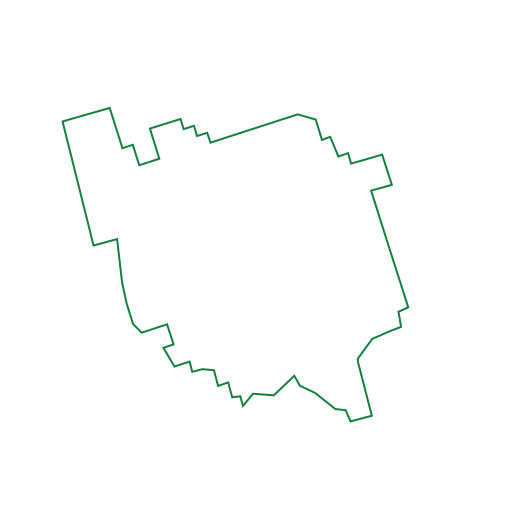 outline of Calhoun, Alabama, United States of America, rotated 252°
{"feature_id": "52423323B11453074056273", "entity_name": "Calhoun", "entity_type": "district", "adm_level": 2, "iso_a3": "USA", "parent_name": "United States of America", "parent_adm1": "Alabama", "projection": "orthographic", "projection_center": [-85.86, 33.762], "detail": "fine", "context": "isolated", "style": "outline", "palette": "green", "viewbox_px": 512, "rotation_deg": 252, "n_neighbors": 0, "source": "geoboundaries", "source_scale": "gbopen_adm2", "svg_char_len": 930}
<svg xmlns="http://www.w3.org/2000/svg" viewBox="0 0 512 512"><g transform="rotate(252 256 256)"><path d="M117.5,197.3L125.9,210.6L118.0,229.9L130.2,255.4L119.0,257.7L107.4,270.0L86.0,284.1L81.6,293.6L69.5,294.8L68.3,316.8L108.5,319.3L123.7,320.2L126.9,321.1L141.3,341.0L143.1,359.6L143.8,372.1L159.0,374.3L160.1,384.9L233.1,385.3L282.6,385.7L281.7,407.2L313.4,407.3L314.5,375.0L325.4,375.4L325.1,365.1L346.4,363.4L346.0,354.6L367.3,355.0L377.8,339.4L377.9,247.8L388.2,247.6L388.4,237.0L399.0,237.2L399.0,226.4L409.6,226.6L410.0,194.5L378.4,194.1L378.4,173.0L399.8,173.2L399.8,162.3L442.0,162.6L443.4,124.3L443.7,113.6L332.6,105.9L316.2,104.7L315.0,129.1L272.4,120.5L250.9,118.3L229.3,118.1L218.4,123.5L218.5,150.3L197.4,150.3L197.3,139.6L176.1,144.3L176.1,152.5L176.1,160.2L165.6,159.6L164.9,170.2L160.3,180.7L144.2,179.8L144.3,190.5L129.0,189.7L127.4,197.7L117.5,197.3Z" fill="none" stroke="#15803d" stroke-width="2"/></g></svg>